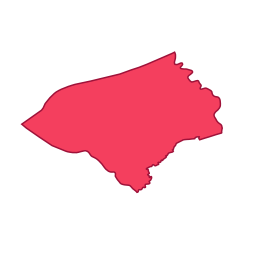 Phu Tan, Cà Mau, Vietnam, rotated 66°
{"feature_id": "81297802B51702434363712", "entity_name": "Phu Tan", "entity_type": "district", "adm_level": 2, "iso_a3": "VNM", "parent_name": "Vietnam", "parent_adm1": "Cà Mau", "projection": "equal_earth", "projection_center": [104.939, 8.879], "detail": "fine", "context": "isolated", "style": "filled", "palette": "rose", "viewbox_px": 256, "rotation_deg": 66, "n_neighbors": 0, "source": "geoboundaries", "source_scale": "gbopen_adm2", "svg_char_len": 4860}
<svg xmlns="http://www.w3.org/2000/svg" viewBox="0 0 256 256"><g transform="rotate(66 128 128)"><path d="M166.1,41.9L165.5,41.8L164.0,41.5L162.7,41.7L162.0,42.1L159.8,43.4L157.7,44.0L155.0,44.2L153.2,44.5L152.3,44.4L151.5,44.3L150.9,44.0L150.4,43.7L149.9,43.1L149.3,42.2L148.8,41.2L148.0,38.5L146.8,36.2L145.6,34.9L144.8,34.4L143.1,33.6L140.4,32.7L139.2,32.5L138.3,32.5L137.1,32.8L136.6,33.1L136.1,33.6L135.3,34.8L134.6,35.8L133.9,36.4L132.7,37.0L131.8,37.1L130.8,37.1L129.0,36.7L128.1,36.9L127.4,37.2L125.1,38.9L123.8,40.0L123.3,40.6L123.1,41.0L122.9,41.6L122.7,42.9L122.5,44.4L122.3,45.3L122.1,45.7L121.8,46.0L121.5,46.1L121.2,46.0L120.4,45.4L119.8,44.6L119.2,44.1L118.8,43.9L118.4,43.9L118.1,43.9L116.8,44.3L115.8,44.5L114.7,44.5L113.9,44.5L113.4,44.7L113.1,45.0L112.9,45.4L112.7,46.2L112.6,46.7L112.5,47.6L112.2,50.1L111.9,50.8L111.7,51.3L111.1,51.7L110.3,52.1L108.3,52.7L107.1,52.9L105.9,52.7L105.5,52.4L105.2,51.9L104.8,51.1L104.4,49.2L103.9,47.4L103.5,46.6L103.2,46.3L102.8,46.2L102.4,46.1L101.8,46.3L101.2,46.7L99.6,48.6L98.1,50.4L97.6,51.2L96.8,53.0L95.9,54.5L95.3,55.4L94.7,55.7L94.3,55.7L94.0,55.5L93.6,55.0L92.8,53.2L92.4,52.6L92.0,52.2L91.4,52.1L90.8,52.1L90.4,52.6L90.2,53.1L90.1,54.0L90.1,56.2L90.0,57.1L89.8,57.8L89.5,58.3L89.1,59.0L88.7,59.3L88.3,59.3L87.9,59.2L87.1,59.0L86.3,58.5L85.3,57.7L83.5,56.3L81.5,55.3L79.9,54.7L78.5,54.6L77.7,54.6L77.8,57.4L77.5,84.9L77.1,93.4L76.3,101.0L75.4,113.6L72.7,128.2L70.0,142.8L66.6,158.8L66.2,161.9L65.8,165.7L65.5,173.0L65.6,175.7L65.9,178.8L66.5,181.3L68.6,187.0L72.0,193.7L75.2,197.3L76.6,199.8L81.3,223.5L86.7,220.9L99.9,212.9L113.2,204.5L123.4,194.7L124.2,193.9L125.3,192.6L126.7,190.5L127.9,188.6L128.8,186.6L129.5,185.2L130.0,183.1L130.2,181.8L130.6,179.5L130.9,178.0L131.1,177.1L131.4,176.2L131.8,175.7L132.0,175.5L132.8,174.6L134.1,173.9L135.6,173.5L137.0,173.3L138.3,173.0L139.3,172.5L141.3,170.8L142.7,169.7L144.2,168.8L146.2,167.9L148.5,167.1L150.2,166.5L152.0,166.1L154.8,165.5L156.8,164.9L157.9,164.3L159.4,163.5L160.3,162.7L161.1,161.8L161.7,160.6L162.3,159.1L162.5,158.8L162.7,158.5L163.3,158.1L163.9,158.0L164.7,158.0L165.9,158.7L166.5,159.0L167.1,159.2L168.3,159.0L170.7,158.7L173.5,157.9L175.2,157.5L176.0,157.1L176.7,156.5L177.6,155.5L178.6,154.1L179.8,152.0L180.2,151.2L180.7,150.5L181.2,149.9L181.7,149.5L183.1,149.0L185.4,148.3L186.1,147.9L188.4,146.7L189.8,146.1L190.4,146.0L190.5,145.6L190.5,145.3L190.5,145.1L190.4,144.8L190.3,144.6L190.0,144.3L189.2,143.8L189.0,143.5L188.9,143.2L188.9,142.9L189.0,142.6L189.5,141.7L189.6,141.4L189.6,141.0L189.6,140.7L189.5,140.3L188.6,139.0L188.4,138.6L188.4,138.3L188.4,138.1L188.9,137.5L189.2,137.0L189.3,136.7L189.2,136.2L188.8,135.9L188.1,135.9L187.4,135.7L187.0,135.4L186.7,135.1L186.7,134.7L186.7,134.3L186.9,133.7L187.5,131.9L187.5,131.4L187.5,131.0L187.4,130.7L187.1,130.4L186.8,130.4L186.1,130.4L185.7,130.5L185.5,130.4L185.3,130.3L185.2,130.0L184.9,128.8L184.6,128.2L184.2,127.8L183.4,126.9L182.7,126.5L182.3,126.5L182.1,126.4L181.9,126.5L181.7,126.7L181.7,126.9L181.7,127.2L181.9,127.6L182.0,127.9L182.1,128.1L182.0,128.3L181.9,128.4L181.7,128.5L181.4,128.5L181.1,128.4L180.8,128.2L180.6,128.2L180.3,128.2L180.1,128.3L179.0,128.9L178.8,128.9L178.6,128.9L178.5,128.6L178.2,127.3L178.2,127.1L177.7,126.9L177.0,126.9L175.9,127.0L175.0,126.7L174.6,126.5L174.4,126.5L174.1,126.6L173.9,126.7L173.4,127.7L173.1,127.9L172.8,127.8L172.8,127.7L172.7,127.5L172.5,127.2L172.4,126.6L172.4,125.8L172.3,124.0L172.3,123.6L172.4,123.2L172.6,122.6L172.7,122.1L172.6,121.9L172.5,121.6L171.9,120.9L171.8,120.5L171.7,120.2L171.8,119.8L172.0,119.6L173.2,118.9L173.5,118.6L173.7,118.1L173.7,117.7L173.7,117.0L173.6,116.5L173.6,115.9L173.7,115.1L173.7,114.9L173.4,114.7L173.1,114.6L172.9,114.6L172.2,114.8L172.0,114.7L171.8,114.4L171.8,114.2L171.8,113.9L172.0,113.7L172.2,113.3L172.4,112.9L172.4,112.5L172.3,112.1L172.1,111.6L171.8,111.4L171.2,111.0L171.1,110.8L171.1,110.6L171.1,110.2L171.5,109.9L171.7,109.6L171.6,109.4L171.4,109.1L171.1,108.8L171.0,108.5L170.9,108.2L170.8,107.6L170.4,105.6L170.2,105.1L170.0,104.8L169.8,104.6L169.6,104.5L169.4,104.5L168.9,104.8L168.7,104.4L168.8,104.0L168.9,103.4L168.8,103.1L168.6,102.7L168.4,102.4L168.0,102.0L167.7,101.7L167.5,101.2L167.5,100.6L167.6,99.4L168.0,97.4L168.0,97.1L168.0,96.9L167.9,96.5L167.6,96.0L166.2,96.2L166.2,95.8L166.1,95.5L165.8,95.1L165.2,94.7L164.2,93.7L163.8,93.2L163.6,92.7L163.5,92.4L163.4,92.1L163.4,91.9L161.7,90.1L161.5,86.6L161.4,84.1L161.4,83.7L161.3,83.2L161.3,82.4L161.6,81.1L162.0,79.9L162.6,78.2L163.1,77.0L164.0,74.0L164.9,71.4L164.7,71.1L164.4,70.8L164.2,70.5L164.1,70.0L164.1,69.5L164.2,68.6L164.5,67.7L165.0,66.6L165.9,67.3L166.3,67.5L167.4,67.4L167.9,67.3L168.1,65.5L168.5,61.8L169.0,58.0L169.5,53.4L169.8,50.6L170.3,46.9L170.6,44.8L170.5,44.4L170.4,44.3L169.3,43.9L168.2,43.2L167.3,42.6L166.5,42.0L166.1,41.9Z" fill="#f43f5e" stroke="#9f1239" stroke-width="1.5"/></g></svg>